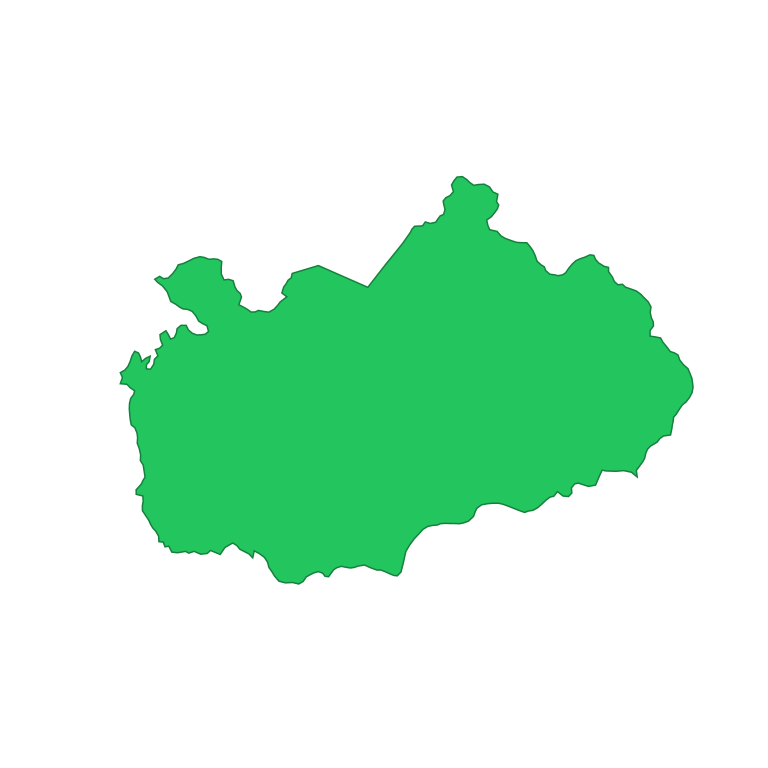 outline of Abelardo Luz, Santa Catarina, Brazil, rotated 151°
{"feature_id": "56859067B19752032380289", "entity_name": "Abelardo Luz", "entity_type": "district", "adm_level": 2, "iso_a3": "BRA", "parent_name": "Brazil", "parent_adm1": "Santa Catarina", "projection": "albers", "projection_center": [-52.247, -26.575], "detail": "fine", "context": "isolated", "style": "filled", "palette": "green", "viewbox_px": 768, "rotation_deg": 151, "n_neighbors": 0, "source": "geoboundaries", "source_scale": "gbopen_adm2", "svg_char_len": 4563}
<svg xmlns="http://www.w3.org/2000/svg" viewBox="0 0 768 768"><g transform="rotate(151 384 384)"><path d="M158.1,200.5L153.8,205.5L151.5,208.6L149.0,211.4L146.8,214.6L143.0,215.9L137.8,218.8L133.1,221.1L128.6,221.8L123.3,224.1L118.6,227.2L115.2,231.5L113.3,236.1L111.9,240.0L111.4,243.9L110.7,249.9L112.8,255.9L113.7,261.6L112.8,266.8L114.9,270.4L117.9,273.6L118.7,279.5L119.8,285.4L119.8,290.2L123.9,293.7L128.1,296.9L125.3,301.8L120.2,304.1L118.4,307.7L118.1,312.1L116.5,317.5L113.1,322.0L113.1,327.9L114.8,333.7L115.9,338.0L118.2,343.0L122.2,347.6L125.9,351.7L127.1,355.6L131.2,357.3L132.9,361.9L132.4,366.4L133.1,373.5L131.1,377.1L134.5,380.3L137.6,385.9L138.6,390.5L138.1,394.7L141.2,397.1L147.1,397.6L152.0,398.5L156.4,398.8L161.0,397.7L166.0,395.8L171.2,393.2L175.0,392.9L179.1,394.3L182.2,397.0L185.8,399.7L187.6,405.0L187.0,408.7L188.9,412.2L190.6,417.2L189.5,423.2L189.1,428.8L189.7,433.7L190.6,438.3L195.3,441.0L199.5,443.7L203.0,447.5L207.5,452.7L209.9,456.9L211.1,462.6L216.8,467.8L216.2,472.7L214.7,477.6L209.2,478.2L204.3,480.1L199.9,482.2L196.9,485.0L197.2,488.9L194.7,491.9L192.4,494.8L195.6,499.1L196.2,505.3L199.5,510.2L205.2,512.9L209.1,514.2L211.3,518.6L212.4,522.4L214.9,527.4L219.9,529.6L224.6,527.7L228.5,525.3L230.0,518.6L234.9,516.8L239.8,516.9L243.6,515.3L244.9,511.2L246.0,507.1L249.7,503.4L253.3,503.8L257.1,502.1L260.3,500.4L265.7,502.0L269.3,505.7L273.7,503.6L277.4,505.5L280.8,507.1L284.4,505.9L287.5,503.8L299.2,498.1L313.1,492.4L323.1,488.4L351.3,476.4L384.0,519.4L410.7,525.2L413.7,521.8L417.5,521.3L420.7,519.3L424.8,517.4L429.2,513.1L426.7,507.3L430.5,506.8L435.0,506.1L438.8,504.4L443.8,502.7L450.0,502.7L454.2,505.9L458.1,509.2L461.8,509.5L465.4,511.4L467.1,515.1L469.2,518.7L472.5,523.7L466.5,529.1L465.9,532.8L467.3,537.2L467.3,541.0L465.9,547.5L469.2,550.9L473.5,552.6L473.0,559.1L469.5,565.4L466.5,569.8L469.0,573.7L472.5,576.1L476.7,578.0L479.9,581.9L483.3,584.6L489.5,586.1L495.1,586.3L501.1,586.7L506.2,588.0L510.0,585.4L515.1,583.1L521.4,581.3L525.9,583.1L528.0,586.9L533.7,586.8L532.7,582.6L530.2,577.2L528.9,569.7L529.7,564.4L530.5,559.6L527.3,554.4L525.6,550.5L523.3,547.0L519.8,544.7L516.6,540.6L515.5,534.8L515.6,528.9L513.6,525.1L510.6,520.8L512.0,515.0L516.2,514.2L519.9,515.6L523.8,517.5L527.0,521.2L528.9,526.1L528.6,531.2L533.0,533.7L538.0,532.8L541.0,529.1L545.0,526.2L548.9,526.8L548.7,531.7L548.9,536.3L556.0,535.8L558.0,531.2L558.8,525.3L562.9,524.1L567.3,524.9L568.1,518.2L572.8,516.9L575.8,512.9L581.1,510.1L584.5,512.5L582.4,516.1L578.6,517.4L575.0,521.7L579.9,522.0L585.1,521.0L583.9,525.8L583.7,530.2L586.2,533.5L591.0,530.6L595.3,526.6L599.5,523.5L604.0,521.8L609.1,521.8L609.6,516.5L614.5,512.1L609.0,508.4L607.7,503.5L605.4,499.0L608.0,496.2L612.4,494.3L616.0,490.4L618.8,485.8L621.0,481.0L623.2,475.9L624.9,470.7L623.1,466.7L623.8,460.8L625.5,456.6L628.5,451.9L629.4,446.1L631.2,440.0L634.2,435.2L633.9,429.9L636.3,423.3L638.2,418.3L641.4,416.6L644.8,414.1L648.6,412.8L652.1,411.6L654.2,407.6L649.2,403.0L651.4,398.3L654.4,394.6L656.7,390.3L656.2,384.2L655.8,379.2L656.2,374.1L656.0,370.0L655.0,365.9L654.9,360.2L657.3,355.2L653.7,352.7L654.5,347.8L650.8,346.4L651.1,339.9L646.4,336.5L638.7,333.8L636.7,330.7L631.2,329.7L626.8,324.0L620.8,321.5L616.4,322.5L609.9,314.3L602.4,318.1L593.4,318.3L591.0,314.0L590.2,309.4L584.4,300.7L583.1,295.6L578.4,301.0L575.2,296.0L572.7,290.5L572.2,284.6L573.6,279.3L573.1,274.7L572.8,268.8L571.5,262.5L566.7,257.9L560.2,254.7L555.5,250.4L550.5,250.5L545.3,253.0L541.3,253.0L537.0,252.8L532.3,251.7L529.3,248.2L528.8,244.4L525.9,242.3L521.9,244.2L517.9,246.0L514.2,246.2L509.7,245.2L505.7,241.8L502.5,239.3L498.9,238.0L494.6,237.2L488.8,235.1L485.0,230.0L480.5,224.8L476.9,222.8L474.0,219.3L470.5,214.6L468.2,211.8L465.4,209.8L460.3,211.3L453.8,218.2L449.7,222.9L446.0,227.0L439.9,230.6L435.8,232.5L432.5,234.0L427.1,235.7L420.3,238.0L414.9,238.2L410.6,237.0L405.7,234.8L402.1,234.4L398.3,232.6L393.9,230.0L389.5,227.5L385.9,225.3L381.7,223.9L376.5,223.1L369.9,224.8L365.9,228.3L362.7,230.4L357.1,231.0L351.2,229.0L346.7,227.0L341.8,224.3L338.9,221.8L335.6,218.2L331.1,212.7L326.8,207.5L323.3,203.5L319.3,202.9L315.0,201.3L309.4,201.3L303.0,202.7L298.5,203.9L293.8,204.6L289.8,203.5L284.5,205.8L281.7,199.2L277.2,196.1L272.6,197.6L270.4,202.3L265.7,204.2L262.1,203.1L254.8,195.3L248.0,193.0L239.5,199.6L235.0,202.9L232.1,200.4L223.4,195.2L216.3,192.0L210.4,186.9L207.6,180.0L205.2,186.1L195.4,190.5L192.0,192.7L188.8,196.3L185.2,199.2L180.9,200.5L173.3,200.7L169.1,202.6L164.7,203.0L158.1,200.5Z" fill="#22c55e" stroke="#15803d" stroke-width="1.5"/></g></svg>